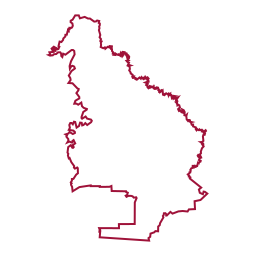 Las Choapas, Veracruz, Mexico
{"feature_id": "50627088B49080058560483", "entity_name": "Las Choapas", "entity_type": "district", "adm_level": 2, "iso_a3": "MEX", "parent_name": "Mexico", "parent_adm1": "Veracruz", "projection": "natural_earth1", "projection_center": [-93.913, 17.563], "detail": "fine", "context": "isolated", "style": "outline", "palette": "rose", "viewbox_px": 256, "rotation_deg": 0, "n_neighbors": 0, "source": "geoboundaries", "source_scale": "gbopen_adm2", "svg_char_len": 5702}
<svg xmlns="http://www.w3.org/2000/svg" viewBox="0 0 256 256"><path d="M207.3,193.6L204.9,191.8L203.6,191.6L202.9,194.2L199.8,192.8L198.9,189.5L201.2,187.6L189.8,178.5L190.1,177.5L190.4,178.1L190.4,177.4L188.8,176.6L189.0,175.8L187.8,174.4L189.3,173.4L189.5,172.3L190.3,172.3L190.7,170.7L190.3,170.0L191.3,168.3L192.6,167.9L192.7,165.9L194.0,165.9L194.3,166.9L194.9,166.0L195.5,166.9L196.1,166.7L196.5,165.9L197.2,166.0L198.0,162.6L198.8,163.1L198.9,162.4L200.5,161.6L200.7,160.8L198.9,160.0L199.8,158.2L201.2,157.6L200.8,156.6L199.5,156.3L199.1,157.4L198.5,156.8L199.0,155.7L197.9,156.1L197.7,155.6L198.3,154.8L200.2,155.4L200.1,154.1L201.0,153.2L200.8,151.6L202.0,148.2L203.6,146.5L202.3,144.5L203.3,144.5L203.2,143.6L200.7,142.1L202.1,142.0L203.4,140.9L202.9,136.4L203.5,134.6L204.6,134.8L205.0,133.6L204.2,132.9L206.0,130.9L205.6,130.2L203.4,131.9L202.0,131.5L202.6,130.4L201.9,129.7L200.4,130.1L199.5,129.4L199.2,130.1L198.2,130.1L197.0,128.9L196.4,130.1L195.7,129.1L195.8,127.4L193.1,126.4L193.1,124.6L191.7,124.7L190.9,122.3L191.6,122.1L189.9,121.7L190.0,120.3L189.5,120.0L188.1,120.0L188.5,120.8L188.1,121.1L186.7,119.4L186.3,116.3L186.7,114.7L185.7,115.6L184.4,115.2L184.7,112.1L183.7,110.2L182.3,109.5L183.6,112.3L183.9,112.0L183.3,112.8L181.4,112.2L181.3,111.4L180.1,110.4L179.2,111.5L179.7,108.9L178.7,110.4L178.1,109.1L179.9,107.4L179.3,105.3L178.2,104.7L177.4,105.3L177.1,103.2L176.2,102.4L177.0,102.3L177.4,101.2L177.1,100.7L176.4,101.9L176.0,100.3L178.0,97.4L175.9,98.4L175.6,97.4L175.0,98.1L174.7,97.1L173.9,98.0L173.9,96.5L175.0,96.1L173.2,95.8L172.0,97.0L172.4,98.5L172.0,98.6L171.3,95.1L170.3,95.2L170.3,93.8L169.5,94.5L169.0,93.9L168.6,94.9L168.4,93.7L167.6,94.3L166.2,93.3L164.7,94.0L165.0,94.6L164.4,95.2L163.0,94.7L162.6,90.3L161.4,91.2L161.8,90.3L161.4,90.1L159.9,92.0L159.2,92.0L159.1,90.8L158.4,90.3L158.9,89.4L157.8,88.5L158.2,86.8L157.4,88.3L156.4,87.5L155.8,88.3L155.2,88.0L155.5,88.9L154.5,88.9L153.9,87.4L153.7,88.2L152.9,87.5L153.3,86.4L150.9,87.4L151.0,86.4L149.6,86.0L148.7,87.2L149.7,87.5L148.5,88.3L147.5,87.2L147.2,84.9L146.8,85.5L146.1,85.0L147.1,83.1L145.4,82.5L146.7,82.0L147.7,82.7L147.5,81.4L148.6,81.5L148.4,80.3L147.4,79.4L148.5,78.5L147.5,77.3L146.8,77.7L146.9,77.0L146.0,78.3L145.1,76.8L144.5,77.7L144.8,78.4L143.7,79.2L143.1,78.8L143.9,78.4L143.5,77.7L142.0,77.8L141.5,77.2L140.8,78.7L139.5,77.5L136.8,79.7L135.7,79.2L136.3,78.5L135.2,77.8L132.8,77.9L132.5,77.2L133.3,77.2L133.9,76.3L132.5,76.1L132.6,74.7L130.7,73.5L130.7,72.6L129.2,70.3L129.9,69.0L129.4,65.6L130.4,65.4L128.8,64.8L128.2,65.9L127.6,65.6L129.0,62.7L127.6,62.1L126.5,60.8L128.7,60.3L127.6,59.1L127.2,57.6L128.7,57.5L128.9,58.8L129.2,56.7L128.4,55.6L127.7,56.4L126.6,55.7L127.1,54.5L126.6,53.5L125.4,54.3L124.8,52.2L122.8,51.9L122.4,53.0L123.6,53.3L123.1,54.9L122.0,53.7L122.4,55.9L122.1,56.4L120.6,53.3L119.9,55.0L120.7,55.0L120.3,55.8L118.7,54.3L118.0,54.9L115.7,53.7L115.5,55.0L113.5,54.8L114.2,53.3L112.8,53.4L113.0,52.1L112.0,51.0L112.0,49.1L111.0,48.9L110.8,47.0L111.9,46.9L111.9,46.3L109.7,46.1L109.8,47.7L107.7,46.8L105.3,48.8L104.8,47.4L103.2,48.2L100.7,47.0L101.1,44.9L100.8,42.8L101.6,41.4L100.3,40.9L101.0,39.1L99.6,37.3L100.3,35.0L98.9,30.1L99.5,28.1L99.1,26.7L99.8,25.1L99.8,23.5L98.7,22.9L99.2,21.0L97.1,20.5L96.1,21.4L94.2,21.6L89.9,18.5L87.9,18.5L84.7,16.9L79.9,18.3L78.8,15.4L75.2,15.4L72.6,19.7L70.7,20.7L70.6,22.1L72.4,23.5L72.8,25.8L72.0,27.5L70.3,28.4L70.2,27.8L69.4,27.8L69.4,29.1L68.6,29.0L68.7,30.9L68.0,30.4L68.0,31.5L67.5,31.5L66.8,34.7L65.4,34.8L65.3,36.5L63.3,38.5L63.1,39.9L61.4,42.0L59.6,41.6L58.5,46.1L59.4,46.7L58.4,49.0L57.4,49.3L56.8,48.4L55.6,49.5L55.5,50.9L54.3,50.7L53.3,48.6L54.2,48.1L54.5,49.1L55.8,47.9L53.8,46.7L51.6,48.6L53.4,51.9L49.4,52.3L50.3,54.6L48.7,55.0L50.0,55.6L52.8,55.3L53.7,54.3L56.2,54.0L58.1,52.3L60.3,52.3L61.1,53.5L61.3,56.0L62.3,57.0L63.2,53.7L65.4,54.7L71.6,50.0L73.0,50.0L74.2,50.9L74.6,54.4L71.0,61.3L69.6,66.1L69.9,68.7L71.3,66.2L72.5,65.8L74.2,66.6L74.9,68.5L71.4,71.1L68.8,75.6L70.3,78.1L70.6,80.0L68.5,83.0L72.5,83.3L77.5,88.5L78.7,89.0L78.4,90.3L76.4,93.1L79.3,97.0L79.3,98.4L75.4,100.7L74.3,103.7L76.4,103.6L78.2,104.7L81.3,102.6L82.0,106.2L83.6,107.8L86.9,109.0L86.7,109.7L83.3,111.9L81.5,117.1L81.6,118.2L82.1,118.7L85.6,116.5L87.1,118.6L91.0,119.6L91.8,120.8L91.1,122.2L87.2,125.0L85.3,123.1L83.5,125.0L82.2,125.4L81.7,122.8L80.1,122.6L79.0,126.0L76.6,127.6L75.2,122.0L74.0,121.7L72.8,124.3L71.6,123.0L70.3,123.0L69.3,125.0L69.9,127.8L68.8,129.9L73.4,130.6L74.9,132.0L74.9,133.0L72.8,134.0L69.5,132.0L68.4,133.5L65.6,134.4L67.0,135.3L66.4,136.7L68.3,139.1L68.3,140.8L67.3,142.5L69.4,141.6L72.0,142.6L72.7,141.7L72.5,140.9L73.6,140.1L75.2,143.4L72.8,145.0L73.7,147.1L73.1,147.8L72.4,147.8L70.7,145.2L68.2,147.1L67.5,152.6L68.3,153.8L67.9,155.4L68.8,158.4L69.6,158.0L71.3,162.1L74.2,166.1L73.9,167.5L74.9,168.6L77.2,167.5L77.8,168.2L77.9,173.3L76.2,174.6L73.4,178.9L71.9,179.0L71.9,180.7L70.8,182.4L71.6,183.3L71.0,183.9L71.1,184.9L72.1,186.8L72.6,191.3L79.4,187.1L90.7,185.4L90.7,186.1L99.9,186.1L99.8,186.9L109.4,186.8L111.4,186.0L111.7,191.0L126.0,191.3L126.0,191.9L127.8,192.7L127.1,194.9L125.7,195.7L126.5,196.8L128.3,195.9L131.1,195.9L132.6,196.3L133.7,197.6L136.2,197.3L136.6,198.1L134.8,202.4L134.7,224.0L118.9,224.1L119.0,228.2L99.1,228.1L99.6,229.5L100.1,229.5L100.2,230.8L99.5,230.8L99.4,231.6L100.2,231.5L99.7,237.3L149.1,240.6L148.5,238.1L150.2,236.8L150.5,233.6L154.3,232.3L155.4,231.1L158.1,231.3L158.2,226.5L159.7,225.2L160.1,223.1L163.4,217.4L162.9,216.0L163.7,214.9L163.9,213.3L165.4,213.2L166.2,214.1L166.2,215.5L166.8,215.5L170.4,211.9L172.5,213.6L178.4,211.4L182.7,211.0L187.6,211.5L188.9,209.4L195.0,209.1L194.6,201.2L200.5,200.0L207.3,193.6Z" fill="none" stroke="#9f1239" stroke-width="2"/></svg>